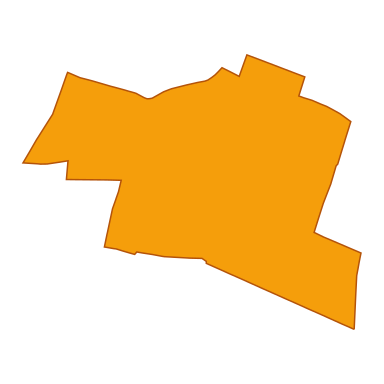 Papalotla, México, Mexico
{"feature_id": "50627088B323128509418", "entity_name": "Papalotla", "entity_type": "district", "adm_level": 2, "iso_a3": "MEX", "parent_name": "Mexico", "parent_adm1": "México", "projection": "natural_earth1", "projection_center": [-98.859, 19.559], "detail": "fine", "context": "isolated", "style": "filled", "palette": "amber", "viewbox_px": 384, "rotation_deg": 0, "n_neighbors": 0, "source": "geoboundaries", "source_scale": "gbopen_adm2", "svg_char_len": 1762}
<svg xmlns="http://www.w3.org/2000/svg" viewBox="0 0 384 384"><path d="M134.7,254.4L136.8,252.0L142.5,253.0L148.5,253.9L152.4,254.5L162.5,256.4L164.0,256.6L164.7,256.7L165.1,256.7L189.8,258.1L202.0,258.4L206.3,261.4L206.3,263.4L217.6,268.4L228.9,273.5L240.3,278.5L251.6,283.6L262.9,288.7L274.2,293.7L285.6,298.8L296.9,303.8L308.2,308.9L319.6,313.9L330.9,319.0L342.2,324.1L353.6,329.1L354.2,328.8L355.0,311.0L355.8,293.3L356.7,275.6L358.2,267.6L359.1,262.5L360.0,257.9L361.0,253.0L360.0,252.6L357.5,251.5L352.8,249.5L338.1,243.2L323.5,237.0L314.1,232.4L318.6,218.0L319.3,215.8L323.3,203.3L326.2,195.8L330.9,183.7L331.0,183.2L334.5,171.4L335.9,166.5L336.2,165.8L336.5,165.4L337.7,164.2L341.5,151.6L344.7,141.2L344.8,140.7L350.8,121.6L339.8,113.6L332.2,109.4L326.6,106.4L319.8,103.7L312.0,100.3L303.5,97.7L300.6,96.6L298.8,96.0L304.8,76.9L292.4,72.2L279.6,67.3L266.5,62.3L246.9,54.9L246.6,55.7L242.7,66.6L239.2,76.4L231.0,72.2L222.0,67.7L221.6,68.1L218.1,71.9L215.1,74.9L212.0,77.3L208.0,80.0L205.0,81.1L202.3,81.6L196.9,82.6L196.2,82.8L186.8,84.9L171.7,88.7L169.5,89.5L163.6,91.8L152.2,98.2L149.3,98.7L147.4,98.8L146.5,98.6L144.2,97.7L138.0,94.4L136.2,93.4L135.0,93.0L134.4,92.8L131.2,91.9L128.3,91.1L126.3,90.5L123.9,89.8L120.2,88.8L115.4,87.5L114.3,87.2L110.8,86.3L92.7,81.0L87.8,79.7L80.0,77.7L69.1,73.0L67.6,72.4L66.7,74.7L64.0,82.4L61.3,90.1L53.2,112.7L52.7,114.2L49.4,119.4L37.5,138.2L36.7,139.4L29.9,151.2L23.0,162.9L34.3,163.6L37.5,163.8L40.5,164.1L47.1,164.0L59.3,162.2L68.0,160.8L66.4,179.5L73.4,179.6L106.1,179.9L121.2,180.3L118.5,191.7L116.0,198.8L115.8,199.5L112.5,208.8L107.2,233.6L107.1,233.8L104.4,247.0L105.7,247.2L113.6,248.6L115.2,248.8L116.1,248.9L122.5,250.9L131.0,253.4L134.7,254.4Z" fill="#f59e0b" stroke="#b45309" stroke-width="1.5"/></svg>